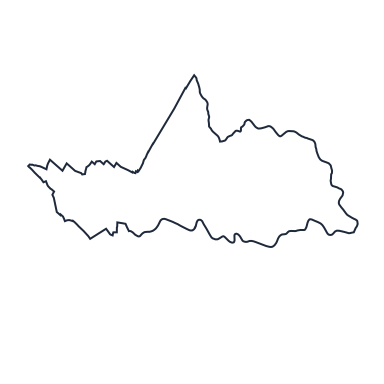 the district of Ouder-Amstel, Noord-Holland, Netherlands, rotated 245°
{"feature_id": "6326949B48835479136340", "entity_name": "Ouder-Amstel", "entity_type": "district", "adm_level": 2, "iso_a3": "NLD", "parent_name": "Netherlands", "parent_adm1": "Noord-Holland", "projection": "robinson", "projection_center": [4.919, 52.295], "detail": "fine", "context": "isolated", "style": "outline", "palette": "slate", "viewbox_px": 384, "rotation_deg": 245, "n_neighbors": 0, "source": "geoboundaries", "source_scale": "gbopen_adm2", "svg_char_len": 6005}
<svg xmlns="http://www.w3.org/2000/svg" viewBox="0 0 384 384"><g transform="rotate(245 192 192)"><path d="M87.1,321.6L90.0,324.9L91.0,326.5L91.4,327.1L92.4,328.1L93.0,328.6L93.5,328.8L95.4,329.4L96.3,329.5L97.9,328.6L99.7,327.1L101.3,325.9L104.6,323.7L105.8,323.0L107.6,322.5L112.2,321.6L114.7,320.9L118.1,320.2L119.2,320.2L119.9,320.4L120.9,320.9L121.5,321.3L122.2,322.0L123.4,323.6L125.1,326.8L125.5,327.2L127.5,328.7L128.0,328.9L128.7,329.0L129.6,328.9L131.1,328.5L131.8,328.1L133.2,326.7L134.7,325.7L136.7,323.5L137.9,322.1L138.7,321.7L139.4,321.5L139.9,321.5L141.0,321.7L143.6,322.4L145.2,323.5L149.0,325.5L149.4,325.8L149.8,326.5L150.0,326.8L151.8,327.8L152.3,328.0L154.8,328.4L157.2,328.9L158.0,328.8L159.8,328.2L160.3,328.0L161.7,326.7L165.2,323.2L166.2,322.6L167.1,322.1L168.5,321.8L170.2,321.6L174.2,321.9L176.6,322.2L178.4,322.8L180.4,323.0L182.9,323.9L183.7,324.1L185.4,324.2L186.7,323.9L187.8,323.4L188.4,322.9L191.4,319.7L192.5,318.8L193.0,318.0L193.7,317.2L195.3,315.9L195.7,315.4L196.0,315.1L196.9,314.5L199.0,313.1L201.7,311.8L203.4,310.5L204.1,309.7L206.1,306.0L206.5,305.0L206.7,303.9L206.6,302.5L205.1,296.8L205.1,295.8L205.4,295.2L206.2,294.6L207.4,294.1L211.3,293.1L214.1,292.6L215.3,292.3L216.6,291.7L218.1,290.9L218.8,290.2L219.3,289.3L219.5,288.8L219.8,285.4L220.5,281.5L221.1,279.8L221.5,278.9L221.8,278.6L223.2,277.6L224.4,277.0L226.0,276.6L230.6,275.6L233.2,274.4L233.3,274.2L233.8,272.6L233.8,271.6L233.1,269.6L232.7,269.1L231.6,268.4L231.3,268.1L231.0,267.8L230.1,265.7L229.9,264.8L229.9,264.1L229.8,263.8L228.9,263.2L227.3,262.5L226.8,262.1L226.4,261.6L226.4,261.2L226.5,261.0L228.0,259.4L228.4,258.9L228.8,258.1L228.9,257.6L228.8,257.0L227.9,254.8L227.6,254.0L226.7,252.4L226.6,251.7L226.8,250.5L226.8,247.8L226.5,247.1L225.8,246.0L225.2,244.9L224.9,244.3L224.7,243.6L224.7,243.3L224.9,242.4L225.1,240.8L225.4,239.9L225.9,238.7L226.5,238.9L228.5,239.2L229.7,239.3L231.2,239.2L232.3,238.9L237.3,236.7L238.1,236.4L239.5,236.0L241.5,235.9L243.4,235.3L244.0,235.2L244.3,235.2L245.4,235.7L247.5,236.5L249.2,237.0L250.3,237.4L251.0,237.9L252.6,239.2L253.1,239.4L256.0,239.8L257.6,240.5L259.9,240.6L261.1,240.9L262.1,241.4L264.9,243.3L266.0,243.6L266.8,243.7L267.8,243.6L269.5,243.3L270.3,243.0L272.0,242.0L273.0,241.6L275.1,241.2L277.1,241.1L278.2,241.1L279.0,241.2L281.6,242.3L283.8,242.8L287.7,243.4L291.3,243.5L293.2,244.1L294.1,244.0L296.9,243.3L293.3,237.4L288.5,230.3L289.1,230.0L275.1,211.2L252.1,177.1L252.3,177.0L249.5,173.1L246.7,169.3L246.9,169.2L244.9,166.8L243.8,165.7L242.6,164.3L241.4,162.0L240.8,161.4L238.8,159.7L235.9,156.1L235.3,155.3L233.4,152.2L234.3,151.9L233.3,150.9L234.5,150.0L233.0,148.7L233.7,147.8L235.4,146.7L234.9,146.2L238.8,143.3L244.9,138.1L250.3,135.8L247.6,131.9L256.2,128.2L256.2,126.5L256.0,126.0L254.7,124.1L254.5,123.7L258.9,121.8L260.1,118.4L260.1,118.1L258.3,115.6L261.9,114.0L260.5,111.7L259.8,110.3L259.5,109.2L259.3,108.3L259.1,106.8L258.0,106.0L255.7,104.0L255.3,103.9L255.0,103.7L254.4,103.2L253.9,102.7L253.5,102.5L254.0,101.0L254.3,99.9L255.0,99.8L255.9,99.6L258.1,97.4L260.5,95.0L270.9,90.5L266.0,83.6L281.3,76.9L278.9,73.8L278.0,72.8L276.9,71.8L274.1,69.7L278.9,65.7L279.1,65.3L279.7,65.0L280.2,64.1L281.0,63.0L282.0,61.9L282.3,61.5L282.5,60.6L283.2,59.8L283.9,59.2L284.2,58.8L284.4,58.6L284.5,58.0L285.5,56.6L285.4,56.3L285.1,55.6L284.7,54.5L283.7,54.8L282.9,55.1L282.8,55.3L279.9,56.4L276.0,57.6L272.3,59.0L268.6,60.4L268.7,60.5L267.0,60.9L263.6,61.5L263.5,64.2L259.2,63.9L258.2,64.0L256.9,64.4L255.6,64.9L254.8,65.1L254.2,65.6L253.7,65.9L250.7,67.2L248.5,64.3L245.1,64.3L231.0,61.0L226.7,62.9L227.2,63.4L224.3,64.7L221.9,64.7L219.3,64.5L219.2,66.5L219.1,67.0L218.7,68.2L218.2,69.2L217.6,69.9L216.9,70.7L216.1,71.5L216.3,71.9L214.2,72.9L211.0,74.1L209.0,74.7L202.4,77.3L195.7,79.4L192.6,79.9L195.0,98.6L190.6,99.5L188.6,99.8L187.8,100.2L186.2,101.7L187.3,102.5L188.4,103.4L188.7,103.7L187.2,106.8L191.5,108.9L191.7,109.0L192.1,109.5L196.0,111.5L193.6,115.0L191.3,118.3L187.3,118.2L183.3,118.3L183.3,118.6L182.3,120.0L180.5,121.2L177.2,122.5L174.8,124.2L174.3,124.8L174.1,125.5L174.0,125.9L174.1,126.4L175.1,128.7L175.5,130.1L175.7,131.9L175.3,133.3L174.6,135.2L173.9,136.6L173.6,138.1L173.4,140.0L173.7,142.0L174.2,143.8L175.2,145.7L176.1,147.2L179.0,150.8L179.6,151.7L180.0,153.5L179.7,154.8L179.3,155.7L178.5,156.7L173.2,161.8L170.4,164.1L169.1,165.3L166.2,167.3L160.6,171.7L158.5,173.5L157.9,174.2L157.4,175.1L157.1,175.8L157.1,176.4L157.2,177.4L157.6,178.5L158.8,179.9L158.6,180.0L159.5,181.0L162.5,183.4L163.4,184.5L163.7,185.0L163.9,185.5L163.9,186.4L163.6,187.1L163.3,187.7L162.5,188.4L161.2,188.9L157.9,189.0L152.6,189.6L145.6,190.1L143.2,190.4L142.3,190.6L141.2,191.2L139.2,193.2L138.7,194.3L138.4,195.0L138.3,196.0L138.5,198.0L138.8,200.3L138.8,200.9L138.7,201.6L138.4,202.0L137.7,202.5L136.8,202.9L132.4,204.5L131.0,205.2L129.7,206.3L129.3,206.8L128.9,207.5L128.8,208.0L128.8,208.7L129.0,209.1L129.5,209.6L130.3,210.2L134.5,212.0L135.2,212.5L135.6,213.2L135.6,213.7L135.6,214.0L135.5,214.5L135.1,215.0L134.5,215.6L133.7,216.0L132.8,216.4L131.1,216.8L126.7,217.2L126.2,217.4L125.7,217.7L124.7,218.7L124.2,219.4L123.9,220.0L123.6,220.8L123.5,221.3L123.3,223.4L122.7,224.9L122.2,225.7L121.4,226.8L120.0,228.3L111.7,236.4L109.8,238.7L109.2,239.6L108.8,240.3L108.5,241.4L108.4,241.9L108.6,243.1L108.9,244.3L109.4,245.3L110.3,246.9L111.4,248.2L113.5,250.4L114.8,252.3L115.3,253.8L115.5,255.3L115.1,256.7L114.6,258.1L114.3,259.2L114.4,260.2L115.1,261.9L115.3,262.7L115.4,263.5L115.3,263.9L114.7,265.6L113.0,268.9L112.8,269.5L112.5,271.6L111.7,274.4L110.2,277.4L110.1,278.0L110.1,278.4L110.5,279.1L111.3,280.2L112.0,281.0L115.5,283.9L116.9,285.5L117.5,286.9L117.5,287.2L117.2,287.9L116.4,289.0L114.0,291.1L111.5,293.4L109.2,295.2L107.7,295.9L106.4,296.3L103.9,296.7L100.0,297.0L98.3,297.1L96.9,297.3L95.7,297.8L94.9,298.7L94.4,299.7L94.2,301.1L94.8,302.8L95.7,304.8L95.8,306.6L95.4,307.7L94.4,309.4L91.5,313.1L89.7,315.2L88.4,316.7L87.9,318.0L87.6,319.7L87.1,321.6Z" fill="none" stroke="#1e293b" stroke-width="2"/></g></svg>